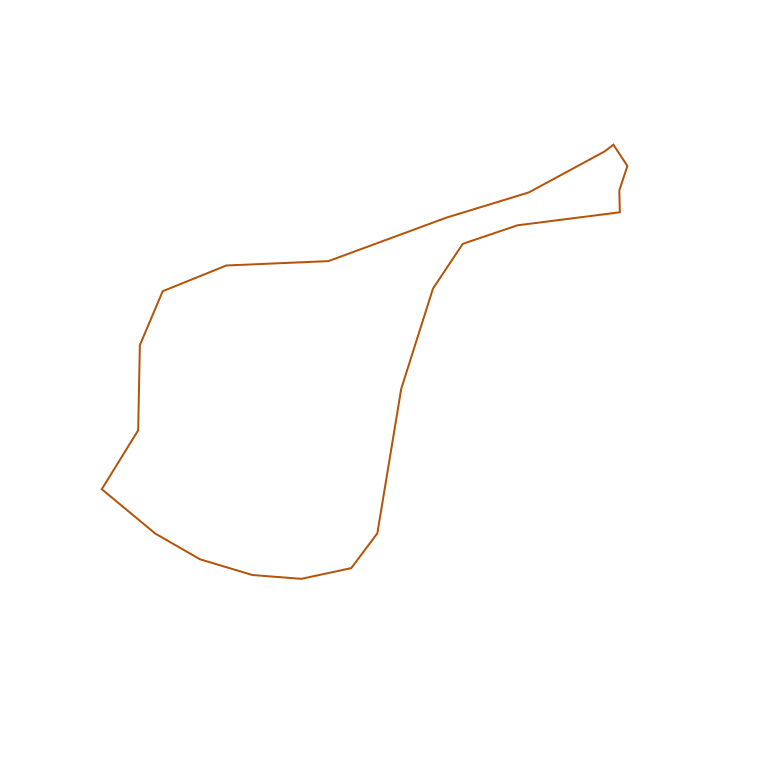 map outline of Kapchorwa (Equal Earth projection), rotated 251°
{"feature_id": "UGA-3112", "entity_name": "Kapchorwa", "entity_type": "District", "adm_level": 1, "iso_a3": "UGA", "parent_name": "Uganda", "parent_adm1": "", "projection": "equal_earth", "projection_center": [34.481, 1.268], "detail": "fine", "context": "isolated", "style": "outline", "palette": "amber", "viewbox_px": 768, "rotation_deg": 251, "n_neighbors": 0, "source": "natural_earth", "source_scale": "10m", "svg_char_len": 465}
<svg xmlns="http://www.w3.org/2000/svg" viewBox="0 0 768 768"><g transform="rotate(251 384 384)"><path d="M535.6,678.8L510.9,685.1L490.4,669.5L469.6,662.9L490.6,561.9L490.9,504.1L458.3,461.4L373.8,398.7L245.0,329.1L220.6,293.1L226.7,242.4L246.2,197.4L278.2,152.9L317.1,119.0L376.4,82.9L420.3,136.5L500.2,165.8L543.8,205.0L547.4,273.5L518.3,371.4L521.0,497.5L518.0,583.3L532.1,668.4L535.5,678.5L535.6,678.8Z" fill="none" stroke="#b45309" stroke-width="2"/></g></svg>